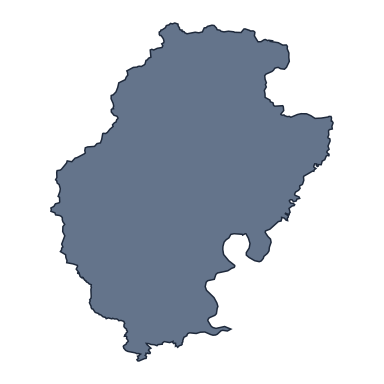 outline of Qhoasing, Mohale's Hoek, Lesotho
{"feature_id": "5366337B8464119840521", "entity_name": "Qhoasing", "entity_type": "district", "adm_level": 2, "iso_a3": "LSO", "parent_name": "Lesotho", "parent_adm1": "Mohale's Hoek", "projection": "mercator", "projection_center": [27.882, -30.022], "detail": "fine", "context": "isolated", "style": "filled", "palette": "slate", "viewbox_px": 384, "rotation_deg": 0, "n_neighbors": 0, "source": "geoboundaries", "source_scale": "gbopen_adm2", "svg_char_len": 5926}
<svg xmlns="http://www.w3.org/2000/svg" viewBox="0 0 384 384"><path d="M230.9,329.1L224.6,326.5L216.0,328.4L212.6,327.4L211.0,326.0L207.8,320.6L208.0,319.5L209.2,317.8L214.9,315.3L216.4,313.7L217.2,308.3L217.9,306.5L216.9,303.0L214.0,297.6L206.5,290.3L205.2,286.6L206.2,282.2L207.7,280.7L214.3,279.3L215.9,274.4L217.5,273.0L227.8,270.8L231.7,268.3L234.2,267.4L234.7,266.5L234.7,265.4L228.8,260.8L223.6,254.5L222.8,249.6L222.9,246.6L224.1,242.1L226.2,239.7L228.9,237.9L230.8,234.4L234.0,233.7L242.2,234.3L242.6,235.1L245.2,233.7L246.0,233.8L248.4,238.2L250.0,243.5L249.2,248.0L246.3,252.6L246.3,255.1L249.1,257.5L254.7,260.7L259.2,261.7L261.0,261.1L262.2,259.8L263.3,258.4L263.9,256.4L267.4,253.4L269.0,250.9L269.4,247.2L271.1,242.3L270.5,239.1L267.9,236.5L265.2,232.4L265.5,230.9L269.9,229.2L278.3,221.6L281.1,221.0L281.7,218.6L281.6,217.4L284.3,218.1L286.1,220.2L287.6,220.6L287.2,218.5L288.3,217.0L288.2,215.7L285.3,213.8L285.6,213.2L289.1,214.7L289.4,213.1L290.1,212.3L289.0,208.4L292.1,206.0L294.1,205.6L294.7,204.7L293.4,203.5L290.5,203.0L289.3,200.9L289.5,200.4L290.6,199.7L292.0,199.8L293.4,201.6L294.4,201.5L296.3,200.9L296.8,199.2L299.7,198.4L299.1,197.0L295.1,195.3L294.6,194.2L295.5,192.1L298.6,190.3L300.1,188.3L299.6,187.1L299.8,185.7L302.0,184.7L302.6,184.0L303.8,180.3L303.5,177.0L303.8,176.2L312.6,171.1L313.8,171.3L314.3,169.7L315.9,168.5L314.0,167.3L313.7,166.4L314.7,163.8L316.5,163.9L316.3,165.4L317.3,166.5L318.2,166.1L318.1,164.6L321.2,164.7L322.2,161.1L324.8,159.7L326.2,156.1L327.5,155.3L328.8,155.8L329.0,155.4L329.0,154.2L327.4,153.0L326.8,152.0L327.4,150.8L329.1,149.3L328.0,146.1L330.1,141.0L329.9,138.9L328.2,138.0L327.8,137.1L328.8,135.0L328.5,130.8L329.4,129.6L332.3,129.0L331.9,126.2L333.1,122.9L332.2,121.2L331.4,121.3L331.2,120.9L331.5,117.8L331.0,116.5L329.0,116.4L328.1,117.0L321.2,118.1L315.0,118.4L310.9,115.7L306.6,113.8L301.1,113.7L297.5,114.5L290.8,117.3L289.5,116.4L287.2,116.6L284.5,115.6L284.0,114.9L282.4,115.2L281.1,114.7L280.8,114.1L283.7,110.6L283.3,106.7L282.7,105.7L274.8,106.2L273.6,105.4L273.0,102.8L270.3,101.7L270.0,100.1L265.1,97.4L265.0,93.7L264.3,90.4L266.3,87.0L265.4,84.6L266.4,82.8L265.1,79.3L264.7,75.7L266.0,74.1L271.9,71.5L273.5,70.2L274.7,68.3L276.3,67.7L278.2,67.4L280.6,68.7L284.5,69.2L286.5,67.3L289.3,61.4L288.8,57.5L288.9,53.0L287.2,48.8L287.4,46.4L286.4,45.0L282.7,45.1L278.3,42.7L270.8,41.5L272.0,40.7L268.7,40.2L267.6,40.6L265.4,39.5L264.2,39.7L261.0,41.7L258.0,41.8L254.4,35.9L254.9,32.3L254.4,31.6L253.1,30.9L250.3,31.0L249.7,30.4L245.1,28.9L243.9,29.0L241.1,32.5L234.5,32.3L233.8,31.8L228.4,31.2L224.0,31.9L221.1,31.3L219.9,30.2L217.1,29.7L216.5,28.1L214.1,25.5L211.9,25.2L207.4,26.4L206.3,27.6L204.2,27.9L202.4,31.9L198.8,32.8L195.2,32.2L187.0,33.8L184.7,32.7L184.3,31.9L183.4,31.4L182.6,31.6L182.0,31.2L182.1,30.1L180.3,29.9L179.6,29.2L179.5,28.0L178.1,25.8L178.0,24.1L174.8,23.0L172.4,23.9L170.5,23.4L169.1,24.8L166.3,25.6L165.5,27.6L162.4,29.7L160.9,30.1L160.5,31.3L159.2,32.1L159.3,34.6L160.0,35.5L161.1,35.5L161.8,36.5L163.4,38.9L164.0,41.4L163.7,42.7L161.7,43.8L162.8,45.8L162.0,47.5L157.3,48.3L153.7,50.0L151.8,49.3L150.2,50.0L150.9,57.2L148.5,58.2L147.4,59.8L146.0,60.4L145.0,64.1L144.3,64.8L141.3,66.5L139.6,66.2L138.1,66.4L137.0,67.1L133.3,67.4L126.8,70.9L127.4,72.1L127.8,75.1L126.2,77.1L125.2,79.7L118.8,82.8L117.7,87.5L116.0,91.9L113.2,94.8L111.2,95.5L111.1,98.8L113.2,103.5L113.7,106.1L113.1,107.7L113.5,108.7L112.1,108.9L111.3,109.6L111.3,112.0L114.0,115.3L116.9,116.2L117.9,117.7L117.9,118.6L116.7,119.7L116.0,122.0L114.4,122.8L112.5,124.8L113.1,126.5L110.0,129.1L107.4,132.4L105.7,133.5L103.2,133.3L102.7,133.7L101.7,139.4L100.4,142.9L97.0,143.6L94.5,146.4L87.6,146.9L85.3,147.8L84.8,150.5L85.3,152.9L84.3,153.8L77.1,157.6L75.1,158.1L71.8,161.7L67.2,160.9L66.5,163.1L61.5,169.2L60.3,170.1L57.1,170.6L56.7,172.3L56.9,177.5L55.6,179.8L56.7,180.7L57.2,183.1L59.1,184.5L60.3,188.7L59.9,191.6L58.1,196.4L59.5,197.3L59.7,202.0L59.1,202.8L55.4,203.8L53.9,206.4L50.9,208.0L51.3,209.5L50.9,211.3L54.9,212.8L55.6,214.9L59.6,215.5L61.1,216.3L62.3,217.6L62.3,219.8L62.9,221.8L64.7,224.3L62.9,226.6L62.7,231.6L64.8,235.8L61.7,244.1L62.9,247.0L61.7,248.1L61.6,249.8L60.4,251.6L65.6,254.7L65.9,257.6L67.0,260.6L66.7,262.7L73.1,263.9L77.4,265.4L77.5,266.6L76.2,269.1L78.4,271.9L78.5,272.5L77.7,272.8L77.7,273.3L78.7,273.7L79.2,273.3L80.1,276.5L81.8,277.8L82.3,277.3L83.2,277.6L83.2,278.6L84.2,279.1L84.6,280.1L85.9,280.7L85.9,281.3L87.0,282.3L87.9,282.5L89.1,283.9L91.3,284.7L91.0,286.6L91.4,287.3L90.9,289.5L91.2,296.4L91.0,298.2L89.7,299.8L90.2,300.9L89.4,302.7L91.0,306.1L91.2,307.8L92.0,308.9L92.9,309.0L95.2,312.4L98.7,313.6L99.1,314.6L100.6,314.7L103.0,316.8L105.5,317.4L106.2,318.7L108.4,317.9L111.9,318.9L112.7,318.3L114.5,319.0L116.6,318.9L117.8,319.5L118.8,320.7L121.0,320.4L123.8,321.4L124.7,323.5L124.1,324.2L123.9,326.3L124.5,327.5L126.5,329.1L126.5,330.1L127.4,331.1L127.4,331.9L126.2,332.9L125.7,334.4L125.0,334.6L124.4,336.3L126.2,336.2L126.8,336.8L126.5,338.5L127.9,340.2L128.2,341.4L126.5,343.0L126.3,344.0L123.7,345.7L123.3,346.3L123.8,348.2L125.7,350.4L127.8,351.4L135.5,352.9L136.6,353.6L138.9,353.5L140.6,354.1L139.2,355.1L139.1,355.7L137.5,356.2L138.5,358.4L136.9,359.6L137.6,360.8L138.9,361.0L144.5,358.6L146.1,358.4L146.5,356.5L145.2,355.3L145.8,354.8L146.0,353.3L146.7,353.6L147.8,353.0L148.6,353.6L150.0,353.5L150.3,352.7L149.3,351.0L148.5,350.6L148.7,349.4L150.9,348.2L147.2,344.8L146.3,343.4L148.9,343.6L151.0,344.5L154.3,344.7L157.0,345.7L158.0,344.6L162.3,344.2L162.5,342.9L164.3,341.6L169.7,342.6L173.0,341.4L172.8,342.6L173.9,343.6L174.6,343.1L175.6,343.3L175.5,346.1L176.2,345.6L177.7,347.3L179.4,345.6L181.4,345.1L182.1,344.4L182.1,342.7L182.8,341.9L182.8,340.5L183.9,337.3L186.9,335.7L187.1,334.6L187.9,333.5L189.7,332.8L196.2,333.5L200.4,332.2L204.9,332.0L210.6,334.5L213.0,335.2L215.6,335.0L217.3,334.2L221.1,330.7L222.8,330.3L227.4,331.0L230.9,329.1Z" fill="#64748b" stroke="#1e293b" stroke-width="1.5"/></svg>